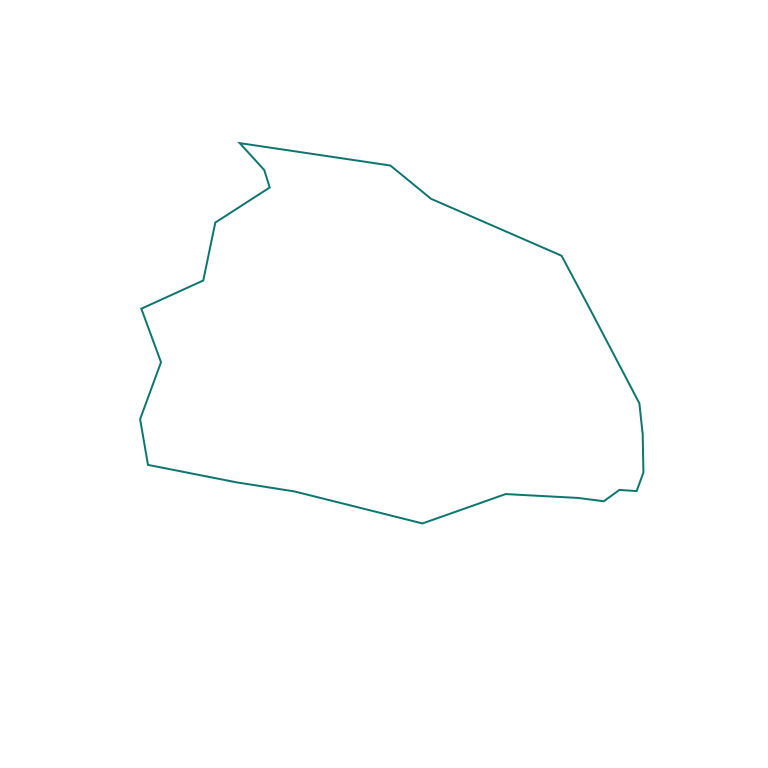 Rafael Fernandes, Rio Grande do Norte, Brazil (Albers equal-area conic projection), rotated 39°
{"feature_id": "56859067B30236732914400", "entity_name": "Rafael Fernandes", "entity_type": "district", "adm_level": 2, "iso_a3": "BRA", "parent_name": "Brazil", "parent_adm1": "Rio Grande do Norte", "projection": "albers", "projection_center": [-38.222, -6.202], "detail": "fine", "context": "isolated", "style": "outline", "palette": "teal", "viewbox_px": 768, "rotation_deg": 39, "n_neighbors": 0, "source": "geoboundaries", "source_scale": "gbopen_adm2", "svg_char_len": 465}
<svg xmlns="http://www.w3.org/2000/svg" viewBox="0 0 768 768"><g transform="rotate(39 384 384)"><path d="M148.0,478.2L197.0,507.4L216.6,564.8L251.5,595.4L331.2,553.3L382.1,523.8L501.6,468.2L547.8,393.0L606.4,350.5L628.6,336.8L633.6,318.2L647.7,308.2L641.3,289.5L616.7,260.3L594.6,238.3L498.0,196.6L441.3,172.6L304.0,210.5L251.5,210.2L120.3,287.6L156.3,293.1L171.5,303.2L151.3,364.7L178.4,417.3L148.0,478.2Z" fill="none" stroke="#0f766e" stroke-width="2"/></g></svg>